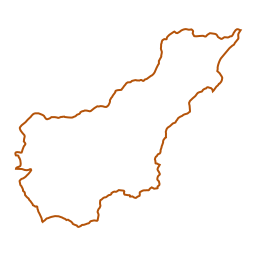 outline of Beteni, Chirang, Bhutan
{"feature_id": "84629894B72162930081374", "entity_name": "Beteni", "entity_type": "district", "adm_level": 2, "iso_a3": "BTN", "parent_name": "Bhutan", "parent_adm1": "Chirang", "projection": "orthographic", "projection_center": [90.118, 26.902], "detail": "fine", "context": "isolated", "style": "outline", "palette": "amber", "viewbox_px": 256, "rotation_deg": 0, "n_neighbors": 0, "source": "geoboundaries", "source_scale": "gbopen_adm2", "svg_char_len": 5770}
<svg xmlns="http://www.w3.org/2000/svg" viewBox="0 0 256 256"><path d="M44.0,115.9L42.7,115.0L39.8,113.8L38.4,113.3L35.4,113.3L34.2,113.6L33.1,114.2L32.1,115.2L31.4,115.9L31.0,116.6L27.7,119.7L25.5,122.2L21.6,125.3L20.0,127.3L19.8,127.9L19.9,128.7L20.6,130.5L22.3,132.8L24.4,135.2L24.7,136.2L24.6,137.0L24.1,139.0L23.9,141.0L23.8,141.3L25.1,143.1L25.3,143.5L25.4,143.8L25.3,144.3L24.7,145.3L23.9,146.2L23.1,148.2L22.4,150.1L22.1,151.3L21.6,152.5L21.1,152.6L20.2,152.6L19.5,152.3L17.2,152.1L16.1,152.3L15.6,152.7L15.4,153.2L15.4,153.9L15.7,155.0L15.9,155.4L17.9,155.5L18.2,155.8L18.5,156.1L18.9,157.6L19.5,158.1L20.3,160.3L20.7,163.5L20.6,164.9L20.4,165.7L20.1,166.1L19.0,166.7L17.0,167.4L16.1,168.2L16.0,168.8L21.4,169.0L22.2,169.1L24.8,170.0L26.9,170.2L28.9,169.8L30.0,169.2L30.8,169.2L31.2,170.1L30.4,171.5L28.6,173.7L27.3,175.0L26.6,175.6L26.2,176.2L24.6,177.5L22.9,178.5L21.6,178.9L20.8,179.5L19.7,180.7L19.6,181.2L20.3,184.7L20.5,185.2L21.4,186.1L22.0,187.4L22.5,188.3L23.0,189.7L23.0,190.8L24.4,192.0L24.7,192.5L25.2,195.3L25.9,195.9L26.3,196.5L27.2,197.4L28.7,198.6L29.0,199.5L29.7,200.4L30.2,200.8L32.7,204.3L32.9,205.2L34.4,205.9L35.3,206.6L35.7,206.6L36.7,206.4L37.2,206.7L37.5,208.7L37.7,209.5L38.0,210.0L38.3,211.5L39.4,213.5L41.3,217.6L41.6,218.4L42.2,221.4L42.7,221.9L43.0,221.5L44.7,220.4L46.6,218.5L48.6,218.0L49.3,217.6L51.4,216.9L55.1,216.1L58.6,216.3L62.1,217.5L63.5,218.3L64.9,218.8L66.4,220.0L66.7,219.8L68.3,219.8L69.3,220.6L70.3,221.1L71.2,221.7L72.4,222.9L72.6,223.6L73.0,224.0L75.0,224.9L76.8,225.5L77.6,226.6L78.2,226.8L78.7,226.9L80.8,226.0L81.6,225.2L82.4,224.9L83.6,224.9L85.8,224.2L87.3,223.6L88.7,223.3L89.2,222.9L90.3,221.5L91.0,221.1L94.1,220.4L97.0,220.8L97.6,220.3L98.6,215.0L98.4,214.0L97.6,212.0L97.7,211.3L98.3,209.6L98.7,208.9L99.6,207.9L100.3,206.3L100.4,205.3L100.1,204.4L100.0,203.0L100.2,200.7L100.4,200.4L100.6,200.0L101.4,199.7L103.4,197.9L104.5,197.4L105.7,197.3L106.3,197.0L108.6,195.2L110.0,194.9L110.5,194.7L111.0,194.4L111.5,193.5L111.5,193.1L113.0,192.1L114.3,191.6L115.9,191.8L116.6,191.6L118.8,190.1L123.2,190.6L123.9,190.8L124.3,191.5L124.0,192.7L124.1,193.8L124.6,194.6L128.1,195.2L129.6,195.2L130.0,195.6L130.0,196.5L130.4,196.6L132.4,196.4L134.3,197.6L135.8,197.9L136.4,197.6L137.3,196.8L139.5,195.8L139.8,194.8L139.7,193.0L139.8,192.4L140.1,192.0L142.3,190.8L143.1,190.5L144.3,190.3L145.8,190.3L147.0,190.2L148.3,190.3L149.1,189.9L149.7,188.9L150.5,188.2L151.7,187.4L152.7,187.9L154.1,188.7L156.3,188.4L157.0,188.4L157.6,188.1L157.6,187.2L157.6,186.5L159.1,185.3L159.4,184.8L159.5,183.8L158.9,181.4L158.6,181.0L157.6,180.0L157.3,179.3L157.4,178.1L157.9,176.5L158.3,175.9L159.6,174.7L159.8,174.3L159.7,173.5L159.3,172.9L158.9,171.9L158.2,170.9L157.7,170.0L157.5,169.2L158.0,167.7L159.4,165.5L159.7,164.8L158.3,164.3L157.0,163.5L156.0,163.5L155.6,163.3L155.3,160.5L154.9,159.3L155.2,158.1L155.9,156.7L156.8,156.1L157.8,154.4L159.7,153.5L160.3,152.7L160.6,151.2L160.6,150.1L161.5,147.5L161.7,146.3L162.2,145.1L163.1,142.5L163.1,141.2L163.5,140.0L164.9,138.1L166.0,137.4L165.9,136.6L166.0,133.5L165.8,131.8L166.4,129.7L166.9,128.6L168.0,127.4L169.9,126.2L172.8,123.5L175.4,122.5L176.3,120.8L177.4,119.5L177.7,118.8L178.3,118.0L180.1,116.8L182.3,115.8L183.2,115.0L184.4,114.4L187.5,113.5L189.5,111.9L189.9,111.7L190.0,111.1L189.6,105.7L189.2,104.1L189.1,102.8L189.4,102.3L189.7,101.4L190.2,100.7L192.7,98.3L195.3,96.1L197.3,93.4L198.0,92.8L199.3,92.2L201.6,91.6L202.0,91.4L203.0,89.9L203.8,89.3L204.7,88.8L206.1,88.4L206.7,87.6L207.9,87.2L209.3,87.7L211.0,88.1L212.1,89.2L212.5,90.0L212.8,91.3L213.1,91.0L213.7,90.4L216.4,86.6L217.9,85.4L218.9,83.8L219.5,83.7L221.2,81.7L221.8,80.3L222.2,78.4L222.2,77.5L221.6,76.3L219.6,73.2L217.3,71.1L217.7,69.0L217.6,67.8L217.9,65.9L218.4,64.1L219.2,61.8L220.2,59.6L220.9,58.4L229.5,48.1L232.4,45.6L233.6,44.9L234.0,44.6L234.9,42.9L238.3,38.7L238.4,37.8L238.2,34.9L238.4,33.9L239.0,32.7L240.6,30.2L240.1,30.1L238.2,29.3L237.1,29.2L235.8,30.0L235.2,30.7L234.2,32.2L233.8,32.7L233.1,34.3L232.1,35.8L231.6,36.2L230.1,36.4L229.2,37.0L227.9,37.5L224.7,37.2L224.1,37.4L222.2,38.7L221.2,38.9L219.2,37.8L218.0,37.0L217.0,35.2L216.2,34.4L215.1,33.9L211.1,33.3L209.9,33.2L207.4,34.8L205.9,36.4L205.4,36.5L205.0,36.5L203.0,35.8L199.4,36.0L196.5,36.3L194.5,36.2L194.1,36.0L192.8,33.6L192.7,33.3L193.1,31.5L192.9,30.7L191.9,29.7L191.3,29.4L189.7,29.7L188.6,29.7L186.6,29.2L185.3,29.1L183.5,29.5L181.4,30.4L179.6,31.8L177.4,33.1L176.2,33.0L175.6,32.5L174.4,31.6L173.7,31.9L169.4,34.8L167.6,36.6L167.0,37.4L166.6,39.1L166.1,39.3L164.3,39.1L162.5,40.2L162.2,40.7L161.9,41.4L161.5,43.4L161.2,44.0L161.1,44.8L161.1,46.2L160.9,48.6L161.1,49.6L161.8,51.6L161.8,52.8L161.2,55.8L161.3,56.2L161.1,57.0L160.3,58.4L159.5,59.8L159.3,60.4L158.9,60.9L158.9,62.7L158.9,63.7L158.1,64.8L156.5,68.0L154.6,72.4L153.3,74.2L151.8,75.5L150.9,75.9L146.8,78.9L144.7,79.6L144.3,80.2L143.6,80.8L143.1,80.9L142.6,80.7L141.4,80.0L140.6,80.0L139.5,80.5L138.8,80.5L136.6,80.4L135.9,80.1L134.9,80.2L132.0,80.9L130.5,82.2L127.6,82.4L126.2,83.4L125.4,84.6L124.0,86.2L123.0,87.7L121.8,89.1L121.6,89.6L121.1,89.9L118.3,90.1L117.1,90.3L115.7,90.8L115.3,91.6L115.3,92.1L114.9,92.8L112.7,95.7L112.3,96.7L111.3,97.8L109.9,100.3L110.0,101.6L109.6,102.9L109.0,104.1L108.5,105.1L108.2,105.6L107.5,106.0L107.0,106.6L106.1,107.0L104.4,106.8L102.8,106.3L100.6,106.1L98.7,106.5L97.3,106.3L94.4,108.1L90.8,111.0L89.8,111.3L86.8,110.6L84.8,110.5L83.3,111.1L82.4,111.2L81.3,111.7L80.4,112.3L79.9,113.4L79.3,113.9L76.9,114.8L76.2,115.6L75.3,116.3L73.1,117.1L72.8,117.4L72.3,117.5L71.1,117.6L68.1,117.4L64.8,117.0L64.3,116.6L62.4,116.8L62.0,117.0L61.1,116.9L59.1,117.7L58.1,117.9L57.0,117.5L55.8,117.3L54.8,117.1L51.5,117.1L49.7,118.4L48.6,118.8L47.4,119.2L46.4,119.1L45.1,117.7L44.0,115.9Z" fill="none" stroke="#b45309" stroke-width="2"/></svg>